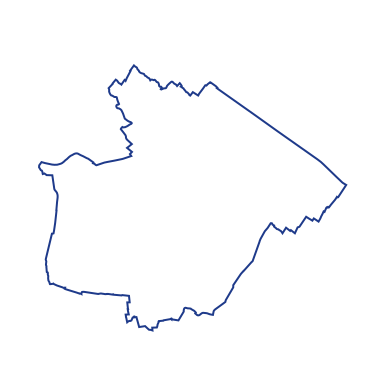 outline of Teylingen, Zuid-Holland, Netherlands, rotated 83°
{"feature_id": "6326949B97280521048387", "entity_name": "Teylingen", "entity_type": "district", "adm_level": 2, "iso_a3": "NLD", "parent_name": "Netherlands", "parent_adm1": "Zuid-Holland", "projection": "albers", "projection_center": [4.511, 52.217], "detail": "fine", "context": "isolated", "style": "outline", "palette": "blue", "viewbox_px": 384, "rotation_deg": 83, "n_neighbors": 0, "source": "geoboundaries", "source_scale": "gbopen_adm2", "svg_char_len": 5762}
<svg xmlns="http://www.w3.org/2000/svg" viewBox="0 0 384 384"><g transform="rotate(83 192 192)"><path d="M305.2,172.3L303.5,171.7L291.7,162.7L289.5,162.4L279.3,153.5L276.7,150.6L276.8,150.5L268.8,141.4L268.4,140.7L267.9,140.2L249.5,131.0L248.9,130.8L246.8,129.6L239.8,124.5L236.9,121.3L232.6,117.7L232.6,117.2L232.8,116.6L233.0,116.3L233.7,116.2L234.1,116.1L234.5,115.7L235.2,114.7L235.3,114.5L235.6,114.5L236.2,114.8L236.7,114.5L237.8,113.3L239.0,112.4L239.4,111.6L239.6,110.8L239.8,110.6L240.4,110.1L241.5,108.6L242.2,108.1L244.0,107.2L238.9,103.0L240.7,101.2L242.6,99.3L241.9,98.5L245.5,94.9L242.1,92.8L240.0,91.5L239.9,91.2L239.7,89.9L239.5,89.5L230.5,81.7L233.0,78.7L233.5,78.0L235.1,76.0L233.1,74.3L236.8,70.0L234.0,67.9L231.9,66.7L229.9,65.3L227.3,63.7L227.9,62.9L224.0,60.6L223.9,60.5L223.4,59.6L224.1,59.0L223.5,58.2L223.8,57.8L221.4,55.5L217.0,50.8L214.6,48.8L214.9,48.6L215.1,48.3L215.0,47.6L203.8,38.1L201.5,41.0L200.7,41.8L194.6,46.8L180.5,58.2L177.8,60.5L174.8,63.6L142.3,99.5L124.3,119.1L92.6,154.0L91.8,154.8L91.7,154.7L91.6,154.4L91.5,154.2L90.0,155.3L85.8,159.9L86.0,160.3L86.0,160.5L85.8,160.6L85.4,160.8L86.9,163.3L88.1,164.7L87.7,165.4L87.7,165.6L87.7,165.8L90.6,168.4L95.6,173.2L96.5,173.7L97.0,174.1L93.0,179.0L96.1,182.0L95.6,182.7L94.5,183.1L92.8,184.3L92.5,184.6L92.2,185.5L90.4,186.5L89.1,187.4L88.0,187.9L87.5,188.7L86.5,189.6L86.1,190.2L85.5,189.3L84.1,189.9L82.5,190.9L85.0,193.9L83.4,194.8L82.3,196.4L80.4,197.8L80.1,198.3L80.0,198.5L80.1,198.8L80.3,199.4L81.8,201.6L82.8,202.9L83.6,203.8L85.3,204.8L85.6,205.1L85.7,205.3L85.8,206.0L85.7,207.2L85.8,207.6L85.9,208.0L86.2,208.9L86.3,209.4L86.5,210.0L86.3,210.3L86.1,210.5L84.8,209.4L84.6,209.3L83.7,209.9L83.6,210.3L83.6,211.0L82.9,211.6L82.6,211.7L81.4,211.7L80.2,211.9L79.6,212.1L78.9,212.6L78.6,213.5L78.4,213.7L76.6,214.8L76.1,215.4L76.1,215.7L76.3,216.2L76.3,216.5L75.7,217.6L75.5,218.5L75.5,218.9L76.1,219.8L74.6,220.3L73.8,220.8L72.9,222.2L71.6,223.2L70.9,224.3L70.8,224.5L69.2,225.2L69.0,225.3L68.4,226.5L67.9,227.8L67.3,228.7L66.7,229.3L65.8,229.9L65.0,230.0L63.5,231.2L62.6,231.3L61.8,231.6L61.5,231.9L60.3,233.4L59.3,234.2L64.0,238.6L64.3,238.2L71.8,243.4L72.0,243.4L73.5,244.3L73.1,244.5L72.5,245.2L76.8,249.0L76.2,249.5L75.8,250.1L75.1,251.1L74.8,251.4L74.5,251.6L73.2,252.3L72.4,252.7L71.2,254.0L74.6,257.6L75.0,257.5L78.8,262.1L80.1,261.7L82.2,262.0L83.4,261.8L85.1,261.2L85.9,260.7L86.3,260.4L86.7,259.3L88.2,257.5L88.3,257.2L88.4,256.2L88.7,255.3L88.9,255.2L89.3,255.1L91.3,254.9L93.2,254.5L95.8,253.7L96.0,253.9L96.2,254.3L96.3,254.6L96.3,255.7L96.7,256.3L97.2,256.6L97.6,256.7L98.1,256.7L98.9,256.4L99.2,256.3L99.7,255.8L99.8,255.6L100.1,254.4L101.2,252.9L102.2,252.1L105.7,250.9L110.8,249.8L111.5,249.3L111.9,248.8L113.4,247.3L114.6,245.6L115.2,244.3L115.9,243.6L116.3,243.4L116.5,243.5L116.9,243.9L117.5,245.7L118.7,248.0L119.5,250.4L119.5,250.9L119.5,252.5L119.0,253.2L120.3,254.7L120.9,255.0L124.2,253.0L127.5,251.1L128.3,250.9L129.2,250.8L129.6,250.9L130.1,250.9L131.1,250.7L132.5,249.8L137.1,245.9L140.1,250.7L140.1,250.8L140.3,251.1L144.9,246.7L146.8,249.0L148.9,247.9L150.6,256.2L150.8,257.7L151.4,265.1L151.9,272.9L152.0,273.8L152.1,275.3L153.1,280.2L153.8,283.6L153.6,284.0L153.2,284.5L152.2,285.3L151.4,286.8L150.6,286.3L146.3,291.0L145.6,292.3L143.3,295.6L141.8,298.1L140.0,300.6L139.7,301.4L139.6,302.2L139.6,303.2L139.9,304.4L140.7,306.3L141.2,307.8L141.5,308.4L142.2,309.6L144.2,312.3L144.7,313.2L144.9,313.6L146.4,315.6L147.5,317.5L147.9,318.7L148.2,320.4L148.5,322.7L148.4,323.6L148.2,325.3L147.7,327.6L145.4,334.3L144.0,337.7L146.9,340.4L148.8,340.8L151.9,339.4L152.0,339.2L152.5,338.4L154.0,338.0L155.7,338.0L156.0,337.9L155.6,336.3L157.2,334.5L157.5,334.3L158.4,328.6L172.2,328.3L173.0,328.1L173.7,327.7L174.9,326.9L176.2,326.2L177.7,325.9L178.8,325.8L180.0,325.9L181.3,326.1L185.3,327.1L191.9,328.5L193.7,328.9L193.8,328.7L206.1,331.6L213.4,333.6L216.2,334.5L216.3,335.1L216.3,336.1L240.8,345.3L241.4,345.4L242.8,345.1L243.3,345.1L246.3,345.8L246.7,345.8L247.9,345.5L248.7,345.7L249.7,345.7L253.7,345.9L253.9,345.8L254.0,345.7L254.1,345.2L254.3,345.0L255.5,345.0L256.5,345.2L257.4,345.0L257.7,344.9L260.2,345.3L262.4,345.3L264.0,344.6L265.8,344.3L265.8,344.2L266.2,344.0L266.2,341.2L266.0,340.8L266.5,340.4L268.3,337.5L270.8,332.3L271.7,330.8L271.4,330.2L271.5,329.6L272.5,330.1L272.9,329.4L273.0,329.4L273.8,327.7L277.8,318.7L278.8,316.7L278.7,316.7L279.4,314.8L279.8,314.2L279.3,314.2L277.9,313.4L277.8,312.8L277.9,311.5L281.8,297.5L281.7,296.9L281.6,294.8L282.0,293.4L282.4,291.9L282.7,291.0L282.8,290.6L282.9,289.2L282.8,289.3L282.8,289.0L283.0,287.5L284.0,283.9L284.0,283.5L283.9,282.9L284.3,282.8L286.1,274.4L285.8,273.9L287.4,267.2L293.9,267.3L293.7,269.7L299.2,269.8L300.4,269.7L300.4,270.1L303.2,270.0L305.8,269.7L305.6,272.8L307.3,272.7L308.0,272.8L308.8,272.6L313.4,272.2L313.0,271.6L312.5,270.6L312.3,269.8L312.5,269.1L312.4,268.6L312.1,267.8L309.4,266.2L309.4,265.4L308.9,265.2L308.5,264.7L308.5,264.4L308.6,264.2L309.4,264.2L309.4,262.4L319.6,260.9L319.4,254.9L322.5,252.3L323.5,251.4L323.8,249.8L324.6,248.1L321.8,248.0L322.2,243.4L321.0,242.8L319.3,242.3L317.0,240.9L316.8,240.9L316.6,241.0L316.1,240.7L316.2,236.1L315.9,235.9L315.5,228.4L315.7,228.2L315.2,228.2L315.1,227.7L315.4,227.5L316.0,227.3L317.8,221.1L309.7,214.8L308.7,214.7L307.7,214.4L307.2,214.2L306.5,213.7L306.3,213.4L306.2,213.1L306.1,212.7L306.2,212.4L306.4,211.7L306.9,210.6L307.3,208.5L307.6,207.5L308.2,207.0L310.2,204.3L311.5,203.3L312.1,202.9L312.9,203.6L314.7,202.0L314.8,201.8L315.1,201.3L315.2,200.4L315.1,199.8L315.0,199.5L314.0,197.9L313.4,196.7L313.3,196.4L313.3,195.5L314.0,192.5L314.3,191.6L315.4,189.5L315.9,188.2L316.5,186.2L313.2,185.1L312.6,184.8L312.0,184.2L311.4,183.4L305.2,172.3Z" fill="none" stroke="#1e3a8a" stroke-width="2"/></g></svg>